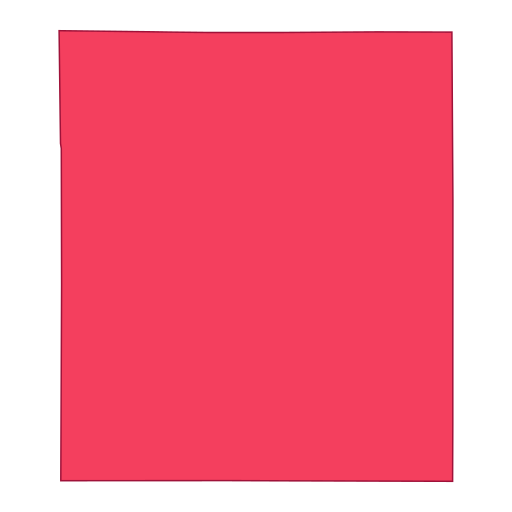 the district of Tippecanoe, Indiana, United States of America
{"feature_id": "52423323B85350878130574", "entity_name": "Tippecanoe", "entity_type": "district", "adm_level": 2, "iso_a3": "USA", "parent_name": "United States of America", "parent_adm1": "Indiana", "projection": "albers", "projection_center": [-86.889, 40.389], "detail": "fine", "context": "isolated", "style": "filled", "palette": "rose", "viewbox_px": 512, "rotation_deg": 0, "n_neighbors": 0, "source": "geoboundaries", "source_scale": "gbopen_adm2", "svg_char_len": 336}
<svg xmlns="http://www.w3.org/2000/svg" viewBox="0 0 512 512"><path d="M452.6,481.3L452.8,424.6L452.8,369.0L452.9,199.7L451.9,32.1L377.3,31.9L281.4,32.5L207.9,32.5L170.8,32.1L151.5,31.8L59.1,30.7L60.5,143.4L61.3,148.5L61.6,284.5L60.8,480.7L227.8,480.6L283.5,480.8L452.6,481.3Z" fill="#f43f5e" stroke="#9f1239" stroke-width="1.5"/></svg>